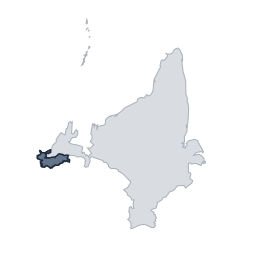 India, with Arunachal Pradesh highlighted, rotated 192°
{"feature_id": "IND-3299", "entity_name": "Arunachal Pradesh", "entity_type": "State", "adm_level": 1, "iso_a3": "IND", "parent_name": "India", "parent_adm1": "", "projection": "natural_earth1", "projection_center": [94.95, 28.008], "detail": "fine", "context": "in_parent", "style": "filled", "palette": "slate", "viewbox_px": 256, "rotation_deg": 192, "n_neighbors": 0, "source": "natural_earth", "source_scale": "10m", "svg_char_len": 7749}
<svg xmlns="http://www.w3.org/2000/svg" viewBox="0 0 256 256"><g transform="rotate(192 128 128)"><path d="M45.1,109.6L48.3,108.9L48.8,106.5L54.5,107.5L58.5,105.8L59.7,107.0L61.6,105.9L59.8,97.3L57.7,97.0L56.8,95.6L57.3,91.6L53.8,90.0L54.1,87.4L59.3,81.3L61.4,83.4L67.6,81.7L70.5,76.3L73.7,74.4L76.7,68.3L79.2,67.2L79.8,64.9L84.1,60.8L83.5,59.8L84.0,55.5L88.4,52.8L88.0,51.7L85.0,50.9L84.9,49.1L83.2,49.0L83.0,47.5L81.5,46.1L82.4,44.0L81.5,42.5L83.1,41.0L81.3,40.1L81.7,39.0L80.8,38.1L81.8,36.2L83.7,35.4L91.4,37.2L96.3,35.6L103.2,30.5L104.6,30.6L104.3,32.1L105.8,36.5L109.3,38.6L107.8,40.5L108.1,44.0L109.8,46.2L110.1,50.8L108.4,51.8L107.3,50.2L105.5,50.7L107.3,54.5L107.1,58.8L109.2,58.3L111.2,61.1L114.8,62.4L115.0,64.0L119.4,66.7L115.9,69.7L113.9,75.8L123.7,82.3L128.3,83.7L128.5,84.7L131.7,85.7L136.2,84.9L139.1,86.2L139.5,88.0L142.5,89.9L144.4,89.3L145.7,90.9L158.0,92.4L159.0,90.1L158.1,87.3L159.0,81.8L161.5,80.8L162.8,81.4L162.4,84.7L163.2,86.1L162.3,87.0L164.6,89.5L168.1,90.3L171.4,89.0L173.6,89.8L180.7,89.2L181.2,86.3L178.4,84.4L178.7,83.1L183.8,82.3L187.8,77.1L190.7,76.5L195.5,72.5L199.8,74.4L203.4,71.6L205.2,72.9L203.9,74.1L204.0,75.2L205.7,74.3L206.5,76.2L204.8,78.6L206.6,78.3L210.7,79.9L210.7,81.9L208.2,84.2L209.5,87.4L207.4,86.0L204.3,86.5L198.3,91.0L198.4,94.8L195.2,99.7L195.9,101.5L192.7,109.5L188.1,108.2L188.3,114.5L187.2,115.2L187.1,120.7L185.7,122.3L184.6,121.3L183.8,122.4L182.0,110.8L180.2,110.8L178.4,115.6L177.3,114.1L176.6,114.7L175.8,111.5L177.0,108.0L179.9,107.3L181.2,105.9L181.9,102.6L183.3,102.2L180.9,100.7L171.8,100.8L168.3,99.8L168.3,95.4L167.5,93.6L166.8,95.0L165.8,95.0L163.8,92.2L162.7,93.3L160.2,91.2L160.6,92.5L158.5,95.8L163.4,100.1L160.5,100.6L158.0,104.4L162.0,106.8L161.0,110.8L161.9,113.7L163.1,114.2L163.6,124.6L162.5,124.0L161.9,125.0L161.3,121.4L161.0,124.5L159.3,123.9L158.3,124.7L158.8,121.3L157.4,119.7L158.6,121.4L157.4,123.4L152.5,125.6L151.1,127.4L151.7,131.1L150.4,133.7L148.2,135.8L147.5,135.4L147.3,136.5L143.6,137.9L143.2,136.6L141.7,137.5L141.3,138.6L142.8,138.3L138.9,141.7L135.0,147.4L124.8,155.5L124.2,159.1L121.3,160.7L118.5,160.7L116.7,164.6L114.8,163.6L112.7,164.9L111.3,169.2L112.5,180.0L111.7,178.4L111.1,179.2L112.7,180.8L108.8,194.7L109.7,195.5L109.5,201.4L106.5,201.8L104.2,206.5L104.7,208.1L107.0,209.0L104.4,208.5L101.2,209.6L99.8,211.1L99.0,214.5L95.8,216.6L93.2,214.9L90.3,211.0L89.0,207.3L88.6,204.0L89.8,206.7L89.2,204.1L85.7,194.3L81.4,186.2L78.4,173.1L76.0,169.2L75.4,165.2L74.6,164.9L72.7,159.8L70.5,145.0L71.4,142.5L71.2,141.6L70.4,142.8L70.2,142.1L70.3,140.6L71.3,140.7L70.2,140.1L69.6,137.0L71.1,131.2L69.8,126.5L70.4,125.8L69.7,125.9L72.6,123.9L69.4,124.3L70.4,122.4L69.3,122.4L69.6,121.1L71.0,120.6L67.5,120.4L68.0,121.6L66.5,123.4L67.7,125.4L66.2,128.0L60.4,130.8L57.4,130.1L49.2,120.3L49.7,119.3L50.9,120.3L56.1,118.3L58.1,114.8L53.3,117.1L50.9,116.5L47.6,114.1L46.4,111.5L48.6,109.6L45.4,111.4L45.1,109.6ZM184.4,193.2L183.3,190.9L184.8,188.5L185.2,180.8L186.4,179.6L185.4,183.6L186.0,186.4L185.2,187.1L184.4,193.2ZM190.8,222.2L190.8,225.5L189.8,223.7L190.8,222.2ZM183.1,199.8L182.3,199.9L182.2,198.5L183.2,197.5L183.1,199.8ZM188.2,217.0L188.1,217.9L187.9,217.0L188.2,217.0ZM189.1,215.6L188.8,216.9L188.8,215.6L189.1,215.6ZM190.0,221.1L189.7,222.1L189.4,221.7L190.0,221.1ZM184.9,209.1L184.3,209.2L184.6,208.7L184.9,209.1ZM184.2,193.7L183.7,194.2L183.9,193.3L184.2,193.7ZM186.1,189.8L186.4,190.7L185.8,190.0L186.1,189.8ZM186.8,215.4L186.3,215.2L186.5,214.7L186.8,215.4ZM184.5,183.6L184.2,184.6L184.3,183.5L184.5,183.6Z" fill="#d9dde1" stroke="#a8b0b8" stroke-width="1"/><path d="M204.9,74.7L205.3,74.4L205.8,74.7L205.7,74.8L205.8,74.9L206.0,75.0L206.1,75.4L206.1,75.5L206.4,75.9L206.5,76.3L206.6,76.6L206.0,76.8L206.0,77.0L205.5,77.6L205.1,78.2L204.9,78.6L205.3,78.9L205.7,78.7L206.0,78.6L206.4,78.4L207.2,78.5L208.5,79.1L208.8,79.1L209.0,79.0L209.3,78.9L209.5,78.9L209.9,79.3L210.0,79.3L210.1,79.5L210.4,79.8L210.7,79.9L210.7,80.1L210.5,80.5L210.5,80.8L210.6,81.0L210.8,81.3L210.9,81.5L210.8,81.8L210.7,81.9L210.8,82.1L210.7,82.1L210.5,82.3L210.5,82.2L210.4,82.0L210.2,82.1L209.9,82.4L209.6,82.7L209.5,82.8L209.4,82.9L209.2,83.0L208.9,83.2L208.8,83.3L208.6,83.6L208.2,83.9L208.1,84.0L208.1,84.3L208.2,84.5L208.2,84.8L208.2,85.1L208.3,85.5L209.3,86.8L209.4,87.0L209.5,87.2L209.6,87.3L209.5,87.6L209.3,87.6L209.1,87.6L208.9,87.5L208.1,87.1L208.0,86.9L208.1,86.6L207.9,86.4L207.7,86.1L207.5,85.9L207.3,85.8L207.2,85.8L206.9,85.9L206.7,85.9L206.4,86.0L206.2,86.2L206.0,86.3L205.9,86.2L205.5,86.2L204.0,86.5L203.7,86.7L203.3,86.9L203.1,87.3L202.9,87.7L202.8,87.9L202.6,88.0L202.1,88.2L202.0,88.3L201.7,88.6L201.5,88.9L201.5,89.0L201.2,89.0L200.9,89.4L200.8,89.5L200.6,89.5L200.4,89.5L200.2,89.7L200.1,90.0L199.9,90.3L199.4,90.5L199.2,90.6L199.0,90.4L198.9,90.1L198.9,89.7L198.7,89.4L198.7,89.2L198.8,89.0L198.9,88.9L198.9,88.6L198.9,88.4L198.7,88.3L198.6,88.2L198.6,87.9L198.9,87.9L199.1,87.9L199.6,87.4L199.8,87.4L200.0,87.3L200.1,87.2L200.3,86.9L200.3,86.7L200.5,86.5L200.6,86.4L200.8,86.4L201.1,86.6L202.1,86.3L202.4,86.3L202.5,86.3L202.8,86.3L202.8,86.2L203.0,86.1L203.1,85.9L203.3,85.8L203.3,85.7L203.3,85.4L203.2,85.2L202.9,85.2L202.7,85.5L202.6,85.4L202.6,85.2L202.6,84.8L202.6,84.4L202.3,84.2L202.1,84.0L202.1,83.9L202.0,83.5L202.0,83.4L202.0,83.2L202.7,82.3L202.9,82.0L203.0,81.8L203.1,81.6L201.6,81.5L201.4,81.6L200.9,81.9L200.7,82.1L200.4,82.2L199.9,82.3L199.7,82.3L199.5,82.2L199.4,82.1L199.0,82.3L197.3,83.0L196.5,83.5L196.0,83.6L195.7,83.7L195.4,83.8L195.1,84.1L194.9,84.1L194.6,84.2L194.0,84.2L193.8,84.1L193.6,84.0L193.5,83.9L193.4,83.8L193.2,84.0L193.3,84.3L193.4,84.5L192.3,85.6L192.1,85.8L191.9,86.0L191.1,86.9L191.0,87.0L191.0,87.3L191.0,87.5L190.8,87.7L190.6,87.9L190.4,88.1L190.2,88.2L189.9,88.3L189.7,88.4L189.4,88.4L189.0,88.6L188.9,88.6L188.7,88.4L188.4,88.3L186.4,88.6L186.1,88.5L186.0,88.4L186.0,88.2L185.8,88.1L185.3,87.9L184.9,87.8L184.6,87.8L184.3,88.0L184.2,88.1L183.8,88.2L183.4,88.4L182.8,88.6L182.5,88.7L182.3,88.7L181.9,88.8L181.1,88.8L181.2,88.7L181.1,88.3L181.0,88.0L180.7,87.7L180.6,87.4L180.7,87.2L180.9,86.9L180.9,86.6L181.0,86.5L181.2,86.4L181.2,86.2L180.8,85.2L180.6,85.0L180.2,85.1L179.9,85.1L179.5,85.1L179.2,85.1L178.8,85.0L178.7,84.9L178.5,84.6L178.4,84.5L178.3,84.0L178.4,83.8L178.6,83.4L178.7,83.2L178.7,82.9L178.5,82.7L178.3,82.6L178.3,82.4L178.6,82.4L178.9,82.5L179.2,82.8L179.8,82.7L179.9,83.0L180.0,83.3L180.5,83.3L180.7,83.0L181.1,83.1L181.3,82.9L181.4,82.7L182.1,82.3L182.3,82.7L182.4,82.8L182.5,82.8L182.6,82.6L182.7,82.8L182.8,82.8L182.9,82.5L182.9,82.4L183.0,82.4L183.1,82.6L183.4,82.5L183.6,82.5L184.0,82.5L184.1,82.3L184.3,82.1L184.6,82.0L184.9,81.5L184.7,81.3L184.7,81.2L184.4,81.1L184.3,80.9L184.4,80.7L184.6,80.5L184.7,80.4L185.1,80.1L185.4,80.2L185.5,80.1L185.8,79.7L186.1,79.6L187.1,79.2L187.5,79.1L187.6,78.7L187.4,78.5L187.6,78.3L188.0,77.9L188.1,77.6L188.2,77.3L188.9,76.9L189.5,76.8L189.8,76.9L190.1,76.7L190.3,76.7L190.8,76.8L191.2,76.6L191.6,76.8L191.8,76.5L191.9,76.2L192.0,76.0L192.0,75.7L192.4,75.4L192.8,75.3L193.0,75.1L193.4,75.1L193.6,74.8L193.9,74.5L193.5,74.0L193.6,73.6L193.8,73.6L194.0,73.4L194.2,73.2L194.4,73.2L194.7,73.2L194.9,73.1L195.0,73.1L195.3,72.6L195.5,72.5L195.9,72.7L196.2,73.1L196.3,73.2L196.3,73.4L196.4,73.5L196.8,73.5L197.0,73.5L197.5,73.6L197.9,73.7L198.2,73.9L198.3,73.9L198.7,74.0L198.8,74.0L199.2,74.3L199.7,74.4L200.0,74.3L200.3,74.2L200.5,73.7L200.5,73.3L200.5,73.2L200.8,73.0L200.9,72.9L201.2,73.1L201.6,73.1L201.8,72.8L201.8,72.3L202.0,72.3L202.1,72.2L202.4,72.4L202.9,72.2L203.6,72.1L204.0,72.1L204.1,72.6L204.4,72.9L204.5,73.0L204.9,72.8L205.0,72.8L205.1,72.7L205.2,72.8L205.3,72.9L205.3,73.0L205.1,73.2L205.0,73.4L205.0,73.5L204.4,73.6L204.2,73.9L204.2,74.5L204.3,75.0L204.6,75.0L204.9,74.7Z" fill="#64748b" stroke="#1e293b" stroke-width="1.5"/></g></svg>